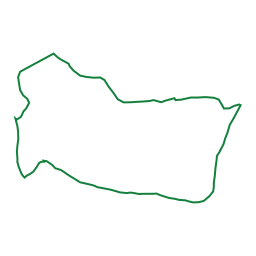 Pategi, Kwara, Nigeria
{"feature_id": "59680162B29829764060990", "entity_name": "Pategi", "entity_type": "district", "adm_level": 2, "iso_a3": "NGA", "parent_name": "Nigeria", "parent_adm1": "Kwara", "projection": "mercator", "projection_center": [5.775, 8.653], "detail": "fine", "context": "isolated", "style": "outline", "palette": "green", "viewbox_px": 256, "rotation_deg": 0, "n_neighbors": 0, "source": "geoboundaries", "source_scale": "gbopen_adm2", "svg_char_len": 1617}
<svg xmlns="http://www.w3.org/2000/svg" viewBox="0 0 256 256"><path d="M24.6,177.6L26.7,175.7L30.1,173.9L33.2,171.8L37.0,166.6L38.8,163.4L40.7,161.9L42.8,161.7L44.0,161.7L43.6,160.7L46.7,161.2L49.4,163.0L52.4,165.1L55.2,168.2L61.0,170.0L64.9,172.6L68.1,174.9L80.3,182.4L80.5,182.4L84.7,183.3L93.2,185.3L97.8,187.3L99.9,187.6L102.0,188.0L110.3,189.6L115.4,191.0L120.0,192.4L122.3,192.6L126.4,193.1L130.1,192.6L133.1,192.9L138.9,194.0L143.5,193.8L148.5,193.8L152.5,193.8L156.6,193.6L160.3,195.2L165.4,196.8L165.9,197.0L169.3,198.0L175.5,198.9L179.0,199.9L185.4,200.3L187.3,201.0L193.0,202.4L198.6,202.2L203.6,201.0L204.7,200.2L205.0,199.9L209.2,196.4L213.1,191.5L213.6,188.5L213.8,187.5L213.8,182.9L214.7,176.6L215.4,168.6L216.5,160.7L217.0,155.8L219.3,152.3L221.2,148.6L223.5,144.2L225.3,138.1L227.6,132.3L229.7,125.0L233.6,118.3L240.6,105.2L239.1,104.5L236.2,105.3L234.1,105.9L229.5,108.3L223.9,108.5L222.5,105.9L218.8,99.6L217.6,99.1L214.0,97.8L205.5,97.1L198.1,97.5L191.0,97.5L181.5,99.6L175.5,100.1L174.4,98.2L165.6,100.6L161.2,102.2L153.6,100.1L149.5,101.0L143.2,101.5L142.6,101.5L131.7,102.2L123.7,102.4L117.7,99.2L113.7,93.3L108.4,86.3L104.5,80.0L100.1,77.5L94.7,77.7L94.2,77.7L91.5,77.5L86.8,77.0L85.8,76.8L80.1,75.6L73.6,70.7L69.7,66.3L68.6,63.7L65.3,61.9L60.5,59.3L58.6,58.0L57.7,57.4L53.6,53.6L25.1,69.0L20.1,71.8L18.1,77.3L20.1,90.1L23.2,95.4L27.3,98.8L29.1,103.0L26.2,108.4L23.5,111.4L21.0,116.8L16.8,119.6L15.4,118.4L17.4,126.2L18.1,131.5L18.3,139.3L17.4,145.5L16.9,151.9L17.3,156.9L17.4,157.9L17.4,162.1L18.8,167.1L21.6,174.0L23.0,175.9L24.6,177.6Z" fill="none" stroke="#15803d" stroke-width="2"/></svg>